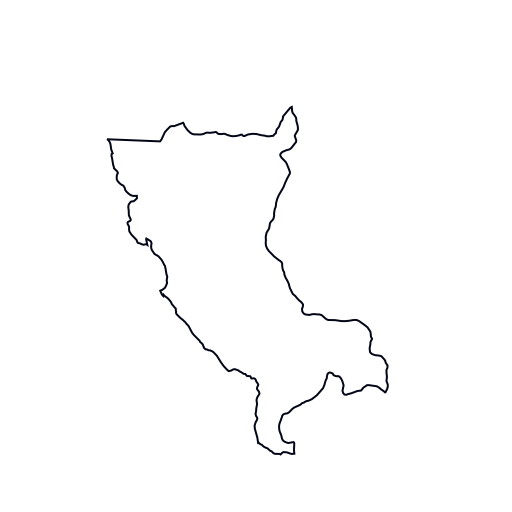 the district of Colón, Putumayo, Colombia, rotated 135°
{"feature_id": "7082276B98098551259160", "entity_name": "Colón", "entity_type": "district", "adm_level": 2, "iso_a3": "COL", "parent_name": "Colombia", "parent_adm1": "Putumayo", "projection": "mercator", "projection_center": [-76.958, 1.225], "detail": "fine", "context": "isolated", "style": "outline", "palette": "ink", "viewbox_px": 512, "rotation_deg": 135, "n_neighbors": 0, "source": "geoboundaries", "source_scale": "gbopen_adm2", "svg_char_len": 6114}
<svg xmlns="http://www.w3.org/2000/svg" viewBox="0 0 512 512"><g transform="rotate(135 256 256)"><path d="M125.3,336.1L126.9,336.6L138.0,335.6L138.7,335.2L139.2,334.7L140.8,333.7L141.4,333.5L143.7,333.3L148.2,331.2L149.3,331.0L151.9,330.8L152.9,330.3L155.1,328.8L157.0,329.0L158.5,328.8L159.0,328.9L160.2,330.0L161.6,330.9L163.6,332.9L165.0,335.3L166.8,337.6L169.4,341.9L171.9,344.7L175.6,347.5L177.7,348.4L178.1,348.4L179.6,349.2L180.0,349.7L180.2,350.5L180.2,351.8L180.6,352.3L182.5,353.2L185.3,355.0L187.3,356.7L188.7,358.3L190.5,361.5L191.6,364.2L192.2,365.1L194.3,366.7L196.1,368.7L196.5,369.9L196.4,371.4L196.9,372.3L198.1,373.0L201.4,375.6L203.5,378.0L205.0,378.8L206.1,379.1L208.1,380.2L209.6,381.4L214.1,386.2L214.9,387.8L215.3,389.6L215.4,393.5L214.8,397.1L214.7,398.2L213.6,400.5L213.3,401.7L222.0,405.7L222.3,406.0L223.2,407.0L225.0,408.2L229.7,408.2L232.9,408.0L240.5,405.2L242.8,404.9L278.8,443.9L278.4,442.8L278.9,439.9L279.7,438.2L283.1,433.6L284.8,429.9L286.0,430.2L287.5,428.9L288.5,427.1L292.6,421.4L293.3,419.9L294.4,418.4L294.3,414.1L294.9,412.4L296.4,411.9L297.7,411.2L299.5,409.5L300.3,408.5L300.9,406.8L301.0,404.1L300.9,402.6L300.7,401.4L300.2,400.1L300.1,399.0L300.7,396.9L301.8,395.1L302.1,392.9L302.0,390.2L301.6,387.6L300.3,385.2L297.7,382.8L299.4,381.0L301.9,381.0L303.6,381.2L304.2,381.5L305.3,382.5L306.3,382.9L309.2,382.5L310.5,381.9L311.9,380.7L313.9,378.1L316.9,374.9L317.6,373.5L318.5,370.9L318.8,370.4L319.2,370.0L319.8,369.8L320.3,369.9L321.8,370.4L322.5,370.6L323.1,370.5L323.6,370.1L324.1,369.4L324.8,367.1L325.1,366.4L327.4,364.1L328.2,362.8L329.0,358.9L329.1,352.0L329.3,351.3L330.2,349.5L330.2,348.7L329.1,346.9L328.3,344.7L327.5,343.4L325.2,342.0L325.0,340.7L323.0,343.7L322.5,344.6L321.8,345.6L321.2,345.9L320.9,344.9L320.1,341.4L320.1,340.4L321.0,338.7L322.4,337.8L324.3,336.0L325.4,334.0L326.3,329.3L325.8,327.0L325.4,326.0L325.2,324.8L325.4,321.0L325.6,319.6L326.3,317.1L327.2,314.7L327.3,313.5L329.2,310.6L332.3,306.3L332.9,305.0L333.4,304.1L336.4,301.9L337.8,300.0L338.4,299.5L339.0,299.4L340.1,298.8L342.5,298.0L342.9,297.9L346.2,298.3L348.2,299.2L349.0,297.5L349.3,296.3L349.5,296.1L349.8,294.8L349.9,293.3L348.8,293.9L348.9,293.2L348.7,291.0L348.3,289.0L348.3,287.0L348.7,283.4L349.5,281.6L349.9,277.3L349.9,275.6L351.1,274.3L351.8,273.2L352.7,272.4L353.3,271.1L353.3,265.4L353.0,263.6L352.8,259.1L353.1,257.5L353.2,254.1L355.4,247.1L355.6,245.9L355.8,243.8L355.8,236.0L356.3,234.6L356.1,232.7L356.2,231.0L356.8,230.0L357.0,229.0L357.7,228.1L357.7,225.7L356.9,224.9L356.4,223.3L355.2,221.6L354.7,220.5L354.2,219.0L354.1,217.6L354.2,213.2L356.0,205.4L356.7,201.0L356.9,195.8L356.7,193.9L355.8,193.3L354.5,192.5L353.2,192.2L351.9,191.7L350.9,190.8L349.4,187.7L349.2,186.0L348.5,183.9L348.3,182.6L347.9,181.2L347.0,180.1L347.2,178.2L347.2,177.7L346.8,177.0L346.1,176.3L345.2,175.2L345.2,174.3L345.8,173.1L345.8,172.6L343.9,170.9L343.6,170.0L343.5,169.4L344.6,166.8L344.8,165.3L345.2,163.7L345.8,163.1L347.6,162.5L349.1,161.6L349.5,160.6L349.8,158.2L350.2,157.3L350.7,156.5L351.4,156.0L354.9,155.2L356.6,154.4L357.7,153.5L360.1,150.4L363.5,148.1L365.3,146.5L368.0,144.6L369.0,143.0L369.5,140.9L370.0,140.1L371.4,139.4L374.0,138.6L377.0,137.0L379.0,134.6L383.5,126.6L386.7,122.3L386.1,122.0L386.1,120.1L385.4,118.5L385.4,116.3L385.2,115.3L384.8,113.9L383.9,111.9L383.7,108.4L383.5,107.6L383.1,107.0L383.1,104.5L382.9,103.6L382.2,102.4L379.3,99.4L379.0,98.8L378.9,98.3L376.5,98.3L375.3,98.0L374.2,96.8L372.7,94.8L371.6,92.3L370.9,91.0L368.7,89.1L366.3,92.0L363.2,94.8L361.2,96.7L361.0,97.4L361.2,98.0L365.4,100.9L366.2,102.3L367.2,104.8L367.3,106.7L366.8,108.4L364.9,111.4L363.4,115.0L362.3,116.8L360.4,119.0L358.4,120.6L351.7,123.7L350.6,124.4L349.2,124.7L347.9,124.4L346.5,123.7L345.7,122.9L344.4,122.4L343.0,122.1L338.4,122.2L336.3,121.9L331.0,119.9L329.3,119.4L327.6,119.4L325.6,118.4L324.3,118.2L322.7,117.6L321.3,116.6L317.8,115.3L311.5,114.5L302.1,115.1L298.5,116.6L296.7,117.7L294.6,118.8L292.6,119.4L291.1,120.6L289.3,121.8L287.9,122.1L286.5,121.7L285.4,120.2L284.9,118.6L285.4,116.9L284.9,115.5L284.1,114.1L282.5,112.5L282.3,110.5L282.8,108.2L283.5,106.3L285.5,102.6L290.2,99.5L291.3,97.4L291.4,95.5L290.3,94.0L288.6,93.3L286.0,91.7L279.7,88.8L276.9,86.6L275.1,86.7L273.2,87.0L268.7,86.1L267.3,84.6L262.8,78.6L262.3,77.0L261.9,74.9L261.9,73.6L261.4,70.9L261.2,69.3L261.2,68.3L260.8,68.1L260.0,68.3L257.2,69.3L255.1,70.5L253.7,72.0L252.1,75.4L251.2,76.1L248.8,78.0L246.2,81.3L244.1,83.3L242.1,84.0L240.4,85.6L239.8,88.7L238.8,90.4L238.4,92.0L238.2,96.3L238.4,96.9L239.4,98.6L241.8,101.5L242.7,103.4L243.3,104.7L243.4,105.9L243.4,106.8L243.2,107.6L240.9,110.4L238.0,112.4L236.0,114.1L235.1,114.5L232.8,115.2L232.3,115.7L232.0,117.1L231.4,118.1L229.4,120.5L228.7,121.6L228.3,123.1L227.6,126.7L228.0,130.5L229.2,137.4L229.8,138.9L230.2,139.7L231.4,141.0L233.0,142.3L235.6,144.1L238.8,146.7L240.1,148.0L241.7,149.7L245.4,154.7L250.2,159.7L250.8,161.1L251.1,162.8L251.4,167.9L252.7,170.1L254.1,171.5L255.3,173.1L257.4,175.1L260.0,176.6L262.5,179.9L262.9,181.3L262.8,182.9L262.2,184.5L260.8,186.1L258.8,187.0L257.8,187.8L257.0,188.5L256.6,191.2L256.9,194.1L256.8,197.3L256.5,199.9L256.8,203.2L255.5,207.0L254.9,208.9L253.7,211.2L252.5,213.1L251.4,216.1L250.4,219.7L249.3,222.4L247.6,224.6L247.1,226.5L246.0,228.5L244.5,230.4L242.7,232.4L242.3,233.7L242.4,235.3L242.8,237.0L243.5,243.0L243.4,246.3L243.4,250.2L242.9,253.3L241.7,256.2L239.8,258.5L238.0,260.0L235.7,262.5L234.7,263.3L232.0,265.0L230.5,265.4L228.6,265.8L226.9,266.4L222.9,269.3L220.9,269.7L219.1,269.7L217.3,270.0L214.6,271.7L213.2,273.3L209.4,276.0L207.6,276.7L205.9,277.9L204.3,279.3L200.6,281.4L196.8,282.9L188.0,285.2L183.2,287.3L179.1,288.8L173.7,290.4L172.7,291.3L171.3,294.2L169.0,299.6L168.5,301.7L168.4,307.5L168.1,308.9L167.6,310.1L166.8,310.8L165.5,311.0L163.5,310.9L161.8,310.1L160.5,309.7L158.8,308.8L157.9,308.2L156.5,307.6L154.5,307.4L147.1,308.3L145.8,309.3L143.7,313.5L142.9,314.0L140.8,314.5L137.3,315.5L135.8,316.9L134.4,318.7L132.2,322.6L131.5,323.6L130.6,324.4L129.9,325.5L129.4,327.7L128.8,331.5L127.8,333.2L125.3,336.1Z" fill="none" stroke="#020617" stroke-width="2"/></g></svg>